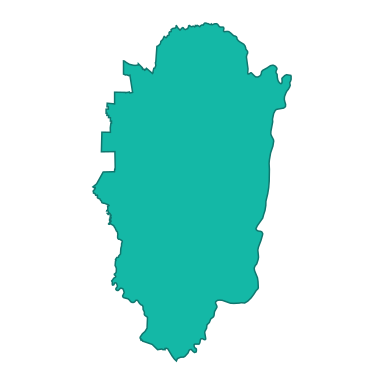 Ignacio de la Llave, Veracruz, Mexico
{"feature_id": "50627088B21010720100332", "entity_name": "Ignacio de la Llave", "entity_type": "district", "adm_level": 2, "iso_a3": "MEX", "parent_name": "Mexico", "parent_adm1": "Veracruz", "projection": "natural_earth1", "projection_center": [-95.975, 18.656], "detail": "fine", "context": "isolated", "style": "filled", "palette": "teal", "viewbox_px": 384, "rotation_deg": 0, "n_neighbors": 0, "source": "geoboundaries", "source_scale": "gbopen_adm2", "svg_char_len": 5907}
<svg xmlns="http://www.w3.org/2000/svg" viewBox="0 0 384 384"><path d="M176.5,25.7L176.0,26.0L176.1,27.2L175.3,28.0L172.6,28.5L171.1,29.6L171.2,31.4L170.8,31.7L169.5,31.9L169.0,32.9L169.2,34.5L168.9,35.2L167.5,35.6L166.9,36.9L166.1,37.7L164.9,37.1L164.5,36.5L164.1,36.5L162.8,39.4L160.8,41.4L160.7,42.6L160.1,44.1L158.2,45.8L156.9,46.4L155.9,60.6L155.8,61.9L155.4,62.6L155.8,65.6L154.8,68.1L153.8,68.3L153.0,71.8L153.1,72.6L152.5,73.5L146.4,68.3L145.8,69.1L145.8,69.6L145.4,69.9L144.5,69.5L144.4,70.0L142.7,68.6L142.5,68.9L142.1,68.0L142.3,67.7L138.3,63.7L138.2,65.0L135.4,65.4L133.6,65.3L129.4,64.3L126.0,62.3L124.5,61.1L123.5,60.9L123.5,74.1L125.5,75.0L126.8,74.8L128.9,75.7L129.9,75.2L132.6,92.4L129.7,93.1L129.7,93.4L129.4,92.0L125.7,92.7L125.7,92.4L114.6,92.2L114.6,103.9L107.2,103.2L107.0,106.7L108.3,106.7L108.4,109.1L106.1,109.2L106.1,113.3L107.1,113.3L106.9,115.4L108.7,115.5L108.5,117.6L110.4,117.7L110.4,121.1L111.5,121.1L111.5,123.1L110.9,123.1L110.3,127.7L110.4,132.3L101.9,132.2L101.4,151.8L114.9,151.6L115.2,166.8L115.1,169.2L114.7,169.2L114.5,171.7L103.2,172.0L96.6,183.9L92.9,186.9L94.3,187.9L95.2,187.5L95.3,188.0L94.7,189.3L93.1,191.1L93.4,191.8L93.5,193.1L94.7,193.4L95.2,194.0L95.6,195.2L96.1,195.4L97.2,195.1L97.5,195.3L97.4,197.7L98.3,198.4L99.8,198.8L100.3,199.9L101.3,201.0L101.9,202.6L103.3,203.2L104.5,203.3L108.4,204.8L109.0,205.4L108.6,206.0L107.6,206.2L107.9,208.5L107.6,210.0L106.8,210.5L106.7,210.9L107.8,210.7L108.1,210.9L108.6,213.1L108.3,213.5L107.4,213.5L108.2,214.5L108.5,214.4L108.6,213.7L109.0,213.3L109.6,213.2L110.1,213.7L110.3,215.3L111.1,215.3L111.0,215.8L110.2,216.2L110.9,217.4L110.2,217.5L110.0,217.8L110.7,218.5L109.7,219.1L110.6,219.8L110.5,220.1L109.7,219.9L109.6,220.3L110.8,220.6L111.0,221.5L110.7,221.9L109.8,221.8L109.4,222.5L109.5,223.4L109.4,223.7L108.6,223.8L108.6,224.1L109.2,224.3L109.7,224.2L110.0,223.6L110.3,223.4L110.9,224.1L112.7,225.0L114.0,226.1L114.4,227.1L114.8,227.4L116.5,231.1L117.3,231.5L117.9,234.6L117.7,235.0L117.6,237.4L117.7,238.1L118.5,239.2L119.5,239.2L121.9,240.6L122.1,241.2L122.3,241.8L121.6,243.5L121.5,246.2L121.1,247.2L120.8,248.8L120.5,254.0L118.7,256.0L118.6,256.9L118.3,257.3L116.8,257.5L115.5,259.5L116.0,260.3L115.5,260.9L115.1,265.5L116.1,267.5L116.4,268.8L116.2,272.1L115.8,272.9L114.3,274.2L114.4,274.8L115.3,275.5L115.7,276.3L115.7,276.8L115.3,277.3L113.7,278.2L112.7,279.8L111.7,280.9L112.5,282.8L112.2,283.8L112.4,284.9L112.6,285.1L113.7,284.9L114.8,282.9L115.6,282.8L116.2,283.1L116.8,284.0L117.4,286.0L117.1,287.0L116.0,288.3L115.8,289.2L116.3,290.0L117.2,290.5L118.3,290.4L120.4,288.3L120.9,288.1L122.8,288.7L123.5,290.1L124.2,292.5L122.6,296.0L123.0,297.1L123.8,297.7L128.0,298.8L129.5,300.1L130.7,301.7L132.0,302.4L133.2,302.5L134.1,302.2L134.6,301.9L136.1,300.2L137.6,300.4L139.5,303.4L141.1,304.9L142.1,305.2L142.8,306.1L143.0,306.8L143.1,309.5L144.4,312.0L144.3,314.3L144.6,315.0L145.2,315.6L147.5,317.3L147.1,326.8L147.1,328.1L145.0,331.5L142.4,333.8L140.2,337.1L140.1,337.8L140.3,338.5L140.9,338.7L141.1,339.4L140.8,339.8L141.1,340.3L141.7,340.1L142.4,340.3L142.6,341.1L152.2,344.4L157.6,349.7L161.9,349.0L162.6,349.6L165.1,349.7L165.0,348.5L166.5,348.3L167.8,348.8L172.1,356.0L174.3,359.0L176.4,361.0L177.2,359.0L178.0,358.3L180.7,357.2L183.6,357.1L185.0,356.3L188.0,353.0L189.2,350.2L190.0,349.6L191.3,349.5L193.0,351.4L194.5,352.5L196.1,352.0L196.4,350.9L196.4,349.2L196.1,348.6L194.7,347.7L194.1,346.3L194.1,344.7L194.3,344.4L195.0,344.1L199.0,344.1L199.8,342.8L200.5,339.4L201.1,338.8L202.5,338.7L204.2,339.6L205.0,339.7L205.6,339.3L205.7,338.4L204.7,332.5L204.9,331.4L206.6,328.2L206.8,325.7L207.1,324.7L209.3,322.5L210.7,319.0L213.5,316.8L214.0,315.6L214.5,311.7L216.9,307.3L216.9,306.2L215.5,303.1L215.7,301.8L216.5,301.0L217.7,300.3L219.5,300.1L222.2,300.3L230.4,303.2L233.8,303.4L239.1,303.1L241.3,302.7L244.7,303.0L247.7,301.2L251.1,297.9L253.7,294.4L256.2,290.5L258.0,288.7L258.3,287.6L258.0,281.4L257.6,278.8L257.5,277.9L254.6,270.8L254.2,268.5L254.4,267.5L255.2,265.7L256.7,263.9L258.1,259.6L258.5,257.3L258.4,255.7L257.8,250.0L258.5,246.9L261.0,240.3L262.6,234.7L262.7,233.5L261.7,231.8L260.5,231.3L258.5,231.1L257.2,230.5L256.4,229.8L255.9,228.7L257.4,225.6L262.7,218.1L263.6,214.7L265.0,210.4L265.8,205.5L265.9,201.3L267.7,193.8L268.7,187.6L269.2,181.2L269.4,169.3L269.1,163.4L269.4,159.9L270.6,152.9L272.9,146.1L273.7,141.2L273.5,139.8L271.6,136.1L270.8,134.1L270.9,131.4L272.7,121.8L272.5,119.1L273.7,113.4L275.2,110.5L276.3,109.5L277.9,109.1L283.6,108.1L284.9,107.2L285.5,106.4L285.6,104.3L284.8,101.7L284.3,99.4L284.5,96.6L286.0,92.7L286.9,91.0L288.4,89.2L289.6,87.0L290.2,85.3L289.7,82.7L290.6,81.0L291.1,79.3L291.1,76.3L290.8,75.4L286.5,74.7L284.7,75.6L282.1,78.1L281.9,78.6L282.1,81.3L282.0,82.8L281.1,83.7L280.5,83.6L279.5,82.8L278.4,81.4L277.8,79.9L277.3,77.3L277.1,74.4L276.0,72.7L275.9,72.2L276.2,70.6L276.9,69.2L276.9,68.2L275.5,66.3L273.6,65.3L272.6,65.2L270.4,65.7L267.3,67.8L262.6,70.4L261.6,71.7L261.2,73.9L260.7,75.1L260.1,75.8L258.0,77.0L255.7,76.9L254.4,75.9L251.3,72.8L250.6,72.8L249.3,73.8L248.1,74.0L247.7,72.9L248.0,68.9L246.4,56.9L247.0,54.2L247.5,53.7L247.7,52.1L247.5,51.3L245.8,49.1L245.7,48.0L245.0,45.9L243.7,44.2L239.9,41.9L238.3,40.7L237.0,39.0L236.9,37.8L236.4,36.8L235.2,36.1L233.6,35.7L230.7,33.0L228.8,31.6L227.2,31.4L224.2,31.7L223.6,31.2L223.5,30.3L223.9,28.6L223.6,27.4L223.1,27.1L220.4,27.1L219.2,26.5L217.8,24.5L217.2,24.0L216.4,23.7L214.6,23.8L212.2,24.7L211.7,24.6L211.3,24.0L210.8,24.6L210.3,24.5L209.5,24.4L208.0,23.6L207.2,23.6L206.4,23.2L205.0,23.0L204.3,23.4L203.1,25.1L202.1,24.9L200.7,25.6L199.8,26.7L197.1,25.3L196.5,26.0L195.4,25.5L195.2,26.4L194.7,26.9L193.5,26.2L192.9,26.2L191.9,26.7L191.3,26.7L190.1,26.1L189.6,25.5L189.0,25.6L188.6,25.9L188.5,27.0L187.6,28.6L185.3,29.6L184.4,29.2L183.7,28.5L183.4,27.9L182.8,27.6L181.6,28.3L180.4,29.9L180.0,30.1L177.8,27.8L176.5,25.7Z" fill="#14b8a6" stroke="#0f766e" stroke-width="1.5"/></svg>